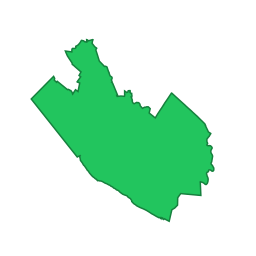 Sluis, Zeeland, Netherlands (Robinson projection), rotated 227°
{"feature_id": "6326949B19414277691711", "entity_name": "Sluis", "entity_type": "district", "adm_level": 2, "iso_a3": "NLD", "parent_name": "Netherlands", "parent_adm1": "Zeeland", "projection": "robinson", "projection_center": [3.526, 51.325], "detail": "fine", "context": "isolated", "style": "filled", "palette": "green", "viewbox_px": 256, "rotation_deg": 227, "n_neighbors": 0, "source": "geoboundaries", "source_scale": "gbopen_adm2", "svg_char_len": 5216}
<svg xmlns="http://www.w3.org/2000/svg" viewBox="0 0 256 256"><g transform="rotate(227 128 128)"><path d="M215.2,77.0L141.4,71.1L140.3,74.8L140.3,73.3L138.1,72.1L136.7,71.1L133.7,70.8L131.3,70.2L129.9,70.3L128.0,70.0L126.5,69.8L124.7,69.4L123.3,69.6L121.9,69.2L120.3,69.1L118.4,69.0L116.6,69.0L114.7,69.4L112.9,69.5L112.0,70.0L111.1,69.8L110.2,69.8L109.8,70.4L109.2,70.9L108.4,71.3L107.9,71.9L107.1,72.4L106.1,72.8L104.8,73.2L103.4,73.6L101.6,74.5L99.6,75.1L98.5,75.7L97.2,75.8L95.5,76.5L93.8,76.6L92.2,77.3L90.6,77.4L88.9,78.3L86.2,78.4L85.2,78.6L83.2,79.0L81.2,79.9L79.2,81.0L77.2,80.9L74.8,81.6L72.4,81.2L71.7,80.6L70.6,80.6L68.9,80.6L67.9,80.8L66.7,81.2L65.7,81.2L64.9,81.4L61.6,82.6L60.3,83.2L58.8,83.9L57.1,84.6L54.9,85.4L53.1,85.9L51.2,86.4L49.3,86.8L47.6,87.4L43.6,88.6L42.4,89.1L42.1,89.1L41.2,89.5L40.8,90.4L39.7,90.2L39.7,91.1L38.3,90.8L38.5,91.9L36.7,91.8L36.7,92.8L35.0,93.3L31.7,94.5L38.3,104.3L37.6,107.6L37.8,111.6L43.1,116.8L44.1,121.8L29.0,135.3L39.3,144.1L39.7,144.0L40.0,143.9L38.9,144.5L37.9,145.1L36.9,145.6L36.5,145.7L35.3,146.0L34.6,146.0L34.3,146.0L34.1,146.1L33.7,146.3L33.4,146.6L33.3,147.0L33.4,147.6L33.5,148.3L33.6,148.6L33.7,148.8L34.3,149.8L34.4,150.0L35.7,151.5L36.6,152.2L36.8,152.3L37.6,152.7L38.3,152.9L38.7,153.0L39.6,153.5L40.1,153.8L40.5,153.9L40.9,154.2L41.0,154.3L41.4,154.7L41.4,154.8L41.5,155.0L41.7,155.6L41.5,156.0L41.4,156.3L41.3,156.6L41.3,156.8L41.5,157.1L41.5,157.5L42.0,158.0L42.1,158.3L42.1,158.5L42.0,158.8L41.6,159.3L41.2,159.5L40.9,159.7L40.5,159.8L40.2,159.9L39.7,159.8L39.3,160.0L39.1,160.1L38.9,160.2L38.6,160.6L38.5,160.8L38.5,161.1L38.5,161.4L38.6,161.7L38.7,162.0L39.4,162.7L39.7,163.0L40.1,163.3L40.4,163.5L40.7,163.6L41.1,163.7L41.4,163.7L41.9,163.8L42.2,164.0L43.3,164.2L43.8,164.2L44.3,164.2L44.6,164.2L45.0,164.3L45.6,164.7L45.8,165.0L46.0,165.6L46.1,166.0L48.4,169.0L49.3,170.2L49.7,170.7L50.3,171.0L51.1,171.3L52.5,171.6L53.2,171.8L53.6,172.0L54.0,172.3L54.6,172.8L54.8,173.0L55.0,173.3L55.1,173.6L55.5,174.5L55.6,175.0L55.7,175.3L55.8,175.6L56.0,175.9L56.5,176.2L56.9,176.3L57.3,176.3L57.7,176.3L58.2,176.3L58.7,176.2L59.2,175.9L59.5,175.6L59.8,175.3L60.0,174.9L60.6,174.4L61.2,174.0L61.5,174.0L61.9,174.2L62.1,174.6L62.2,175.0L62.2,175.4L62.2,175.5L62.3,175.6L62.6,175.8L63.0,176.0L63.7,176.2L63.9,176.2L64.1,176.4L64.7,176.8L65.2,177.3L65.8,177.8L66.0,178.1L66.2,178.9L66.3,179.7L66.5,180.5L66.5,180.9L66.5,181.0L66.5,181.4L66.9,182.9L67.1,183.2L67.2,183.4L67.2,183.7L67.4,183.9L67.5,184.2L67.4,184.4L67.5,184.5L67.6,184.8L70.3,184.1L72.3,184.8L75.6,185.8L75.8,185.9L77.1,186.2L77.2,186.3L77.1,186.5L78.6,187.0L79.3,187.0L86.0,186.7L88.9,186.6L94.0,186.2L94.9,186.1L97.2,186.0L99.6,185.8L99.6,185.7L100.0,185.7L103.8,185.4L105.0,185.3L105.7,185.3L110.1,184.9L113.7,184.6L113.8,184.6L116.4,184.4L118.5,184.2L119.9,184.1L123.6,183.8L123.9,183.6L123.8,183.2L123.7,183.2L123.8,183.2L122.2,176.5L121.2,171.9L120.9,170.8L120.8,170.7L120.6,169.6L120.4,169.4L120.5,169.3L119.6,165.9L119.6,165.6L118.1,159.5L116.8,154.9L118.1,154.6L124.5,153.7L124.6,153.8L127.0,157.4L129.5,157.3L129.7,157.2L130.7,156.2L131.3,154.9L131.9,154.3L132.5,152.0L136.1,152.1L136.8,152.7L137.5,153.0L138.1,153.1L138.8,153.1L139.0,153.1L139.4,153.0L139.7,152.6L139.8,152.3L140.7,152.0L141.6,149.0L143.2,148.7L145.2,149.6L145.3,150.1L148.4,151.5L148.5,151.5L148.2,152.1L149.4,153.3L150.5,153.8L150.6,154.1L150.8,154.3L151.7,153.7L152.4,153.8L152.8,153.7L153.0,153.9L153.0,154.3L153.7,154.9L153.8,155.0L154.0,155.0L155.1,153.6L154.4,152.3L154.8,151.3L156.6,151.0L157.4,150.8L155.8,149.3L155.1,148.6L154.8,148.6L153.6,147.0L156.2,144.6L158.5,141.6L159.5,142.0L159.0,142.7L171.2,147.3L171.4,147.3L171.5,147.3L172.2,147.5L172.4,147.4L172.4,147.6L172.7,147.9L174.6,148.7L174.6,148.8L174.9,149.9L176.0,150.9L178.5,150.5L181.0,151.6L181.4,151.8L181.6,152.1L182.2,152.1L182.3,152.1L186.5,154.0L186.8,154.2L187.0,154.2L188.3,153.8L188.6,153.5L189.0,152.8L194.3,152.7L194.6,152.7L194.9,152.6L195.4,152.7L196.6,152.7L198.6,153.7L198.9,153.8L201.5,155.1L205.1,156.8L207.1,157.7L207.7,159.5L208.5,159.4L209.3,159.2L210.3,159.1L213.8,159.4L214.4,159.5L216.0,161.6L216.2,162.1L216.3,162.4L216.4,162.5L216.5,162.6L216.8,162.4L219.0,158.0L219.9,158.5L220.8,158.0L219.0,156.4L220.7,155.1L221.1,155.1L221.9,155.0L222.0,155.0L223.5,154.0L223.7,153.9L223.7,153.7L223.8,153.5L223.7,153.2L223.1,151.1L222.8,148.7L222.8,148.1L223.0,146.8L223.3,145.8L223.4,145.6L223.2,145.3L222.6,145.0L222.4,144.8L222.4,144.7L222.3,144.4L222.3,144.1L222.3,143.6L224.0,141.7L224.0,141.1L223.9,140.9L223.8,140.7L222.0,138.8L227.0,134.7L225.3,134.0L222.2,132.9L221.7,132.8L217.8,132.1L217.6,132.1L214.1,131.5L213.5,131.3L213.0,131.0L212.7,130.7L212.4,130.6L211.6,130.8L211.2,130.9L208.6,131.1L202.6,131.7L202.3,131.7L202.2,131.8L201.1,131.9L199.8,128.0L197.7,128.3L196.5,122.3L196.2,122.2L196.1,122.3L193.9,123.4L193.1,122.4L188.8,116.3L191.8,115.7L190.5,110.6L190.9,110.7L191.0,110.8L191.4,111.1L191.6,111.2L191.8,111.3L192.1,111.4L193.5,111.6L194.1,111.7L194.4,111.7L194.6,111.7L194.9,111.2L195.0,111.1L195.3,111.1L195.6,111.1L196.0,111.1L197.1,110.6L197.3,109.9L210.4,108.1L210.2,106.9L210.9,106.9L213.2,106.7L214.3,108.2L216.5,108.8L216.2,100.9L215.2,77.0Z" fill="#22c55e" stroke="#15803d" stroke-width="1.5"/></g></svg>